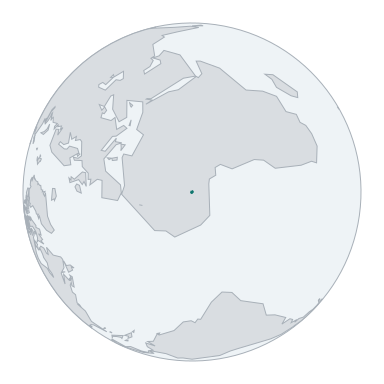 Zoundwéogo on an orthographic globe, rotated 278°
{"feature_id": "BFA-2831", "entity_name": "Zoundwéogo", "entity_type": "Province", "adm_level": 1, "iso_a3": "BFA", "parent_name": "Burkina Faso", "parent_adm1": "", "projection": "orthographic", "projection_center": [-0.901, 11.547], "detail": "fine", "context": "on_globe", "style": "filled", "palette": "teal", "viewbox_px": 384, "rotation_deg": 278, "n_neighbors": 0, "source": "natural_earth", "source_scale": "10m", "svg_char_len": 8839}
<svg xmlns="http://www.w3.org/2000/svg" viewBox="0 0 384 384"><g transform="rotate(278 192 192)"><circle cx="192" cy="192" r="169" fill="#eef3f6" stroke="#a8b0b8"/><path d="M145.0,29.7L130.2,35.2L133.3,34.2L128.8,36.5L130.7,36.4L127.1,38.1L131.7,36.7L134.7,35.2L137.8,34.3L139.2,34.2L134.7,36.1L133.4,36.4L132.8,37.0L130.0,38.1L132.2,37.5L126.6,40.2L134.1,37.6L131.4,39.9L127.2,41.7L125.1,41.3L110.0,46.4L105.0,49.0L100.2,52.6L96.5,59.1L92.2,62.4L88.1,67.0L91.6,64.9L96.1,60.7L101.7,58.5L106.5,54.2L109.5,52.8L115.5,48.9L117.3,49.8L115.8,53.1L111.0,56.6L110.2,58.3L117.0,55.6L110.2,63.3L109.4,71.0L107.3,73.3L99.2,75.8L93.6,73.7L83.2,79.1L92.7,76.3L87.4,82.9L87.6,84.4L89.5,84.7L92.6,82.6L91.4,85.2L81.5,88.5L82.5,86.1L85.6,85.0L82.9,84.3L76.2,87.5L74.1,91.0L66.3,93.6L64.6,96.4L62.0,98.8L65.2,94.1L59.3,103.0L49.9,110.4L41.7,127.1L46.7,113.1L46.7,110.5L46.0,109.5L44.5,112.1L45.5,108.4L43.1,112.1L49.3,101.5L56.2,91.4L63.8,81.9L72.1,72.9L81.1,64.6L90.6,56.9L100.6,49.9L111.1,43.7L122.1,38.2L133.4,33.5L145.0,29.7ZM32.5,136.3L32.1,138.2L34.3,133.0L35.2,133.3L29.6,147.8L30.4,152.7L27.5,164.2L27.0,171.2L28.7,170.9L30.0,175.3L32.6,169.3L36.1,167.2L34.4,176.9L37.8,168.9L38.8,174.5L46.8,177.3L45.8,179.3L52.3,193.5L62.1,201.4L64.4,209.1L63.0,213.2L67.0,215.4L67.1,218.3L85.6,226.5L97.1,235.6L98.1,245.5L91.2,255.4L91.2,277.9L80.4,282.7L81.9,291.3L80.8,302.3L73.7,299.4L80.1,306.6L79.8,309.4L76.4,308.4L79.6,312.7L77.3,311.8L81.6,315.5L83.6,319.7L89.7,324.8L92.7,328.1L96.8,331.1L95.8,330.5L96.3,331.0L98.2,332.4L92.6,328.6L84.4,322.2L81.5,319.6L80.1,318.5L73.4,311.4L74.0,312.4L63.4,300.0L57.5,290.3L43.3,259.2L39.9,252.1L34.0,242.3L26.4,215.3L26.4,206.2L25.6,200.9L28.3,188.9L28.9,175.4L28.3,172.9L26.9,177.0L26.3,166.5L27.9,155.9L29.5,145.8L32.5,136.3ZM39.1,132.6L40.2,143.7L37.2,143.0L38.2,141.8L38.4,137.7L38.0,133.2L36.1,133.5L39.1,132.6ZM44.8,124.8L44.4,123.6L45.1,124.1L44.8,124.8ZM114.1,48.7L114.7,48.8L113.3,49.5L114.1,48.7ZM116.0,47.0L113.8,47.8L114.4,47.1L115.8,46.7L116.0,47.0ZM118.5,46.4L115.8,45.9L116.9,44.8L122.8,42.3L118.5,46.4ZM135.1,34.8L132.0,36.3L133.3,35.2L135.1,34.8ZM135.2,34.4L134.8,33.2L140.2,31.3L139.2,31.9L145.0,29.9L147.8,29.4L145.2,30.5L141.2,31.7L145.3,30.7L135.2,34.4ZM139.1,33.8L138.6,33.6L143.1,31.8L145.1,32.0L143.0,32.5L139.1,33.8ZM145.2,29.7L148.9,28.6L152.2,27.9L154.1,27.5L148.3,29.3L145.2,29.7ZM142.6,32.9L145.9,32.2L145.0,33.1L139.9,33.9L142.6,32.9ZM143.5,31.4L145.8,30.6L145.1,31.1L143.5,31.4ZM143.7,36.4L143.0,35.8L145.3,34.8L143.7,36.4ZM147.2,31.9L147.5,31.6L148.3,31.2L150.2,31.0L147.2,31.9ZM151.0,28.8L151.6,28.9L153.5,28.0L156.1,27.8L151.7,29.1L154.7,28.4L155.4,28.4L151.0,29.6L151.0,28.8ZM154.7,29.8L150.0,31.9L150.9,33.0L148.9,33.8L147.8,32.0L154.7,29.8ZM152.9,29.5L153.5,29.9L150.7,30.6L148.5,30.8L152.9,29.5ZM159.3,27.2L156.6,27.3L157.6,27.0L159.3,27.2ZM155.5,30.0L156.6,29.5L155.9,29.9L155.5,30.0ZM158.8,27.8L157.7,27.8L158.9,27.5L158.8,27.8ZM159.7,28.7L158.2,29.3L156.7,29.4L159.7,28.7ZM159.7,28.2L161.6,27.8L157.0,29.1L159.0,28.2L159.7,28.2ZM160.1,27.5L160.4,27.3L160.4,27.6L160.1,27.5ZM166.3,28.2L160.9,29.9L157.5,30.0L163.3,28.3L166.3,28.2ZM104.0,336.0L94.0,329.6L98.7,332.8L97.1,331.3L104.1,335.6L104.0,336.0ZM101.3,332.5L102.4,332.2L104.0,333.1L103.7,333.6L101.3,332.5ZM350.5,133.5L347.7,126.7L349.1,132.5L352.6,151.6L356.0,167.6L355.9,175.8L348.5,155.1L342.9,140.6L341.6,143.1L332.7,132.7L321.5,136.1L318.7,132.7L316.8,135.3L310.4,132.9L305.6,127.3L302.2,128.6L314.8,143.3L318.2,142.1L319.3,134.8L322.3,140.5L328.3,144.5L326.1,161.0L307.3,179.4L303.5,167.7L278.7,138.4L278.3,134.7L278.1,134.3L277.6,133.7L277.5,139.8L272.5,134.1L287.9,154.8L291.4,164.3L307.1,180.2L306.1,182.3L310.5,185.3L322.2,177.9L322.8,181.9L318.5,202.1L300.5,231.3L301.7,247.9L298.5,262.4L284.7,273.9L283.4,284.5L276.0,289.3L273.8,295.4L266.4,302.4L254.9,309.5L238.2,311.3L239.1,306.1L233.7,296.3L227.1,271.1L233.5,258.5L232.8,249.1L220.5,228.5L223.3,216.3L219.5,211.5L211.9,213.2L207.3,207.4L202.5,207.5L171.3,212.9L160.5,205.2L145.0,181.2L149.8,171.6L148.6,160.4L180.0,122.6L188.9,124.3L216.3,118.0L220.1,119.1L219.4,127.5L241.9,136.0L246.2,128.5L264.1,132.2L274.4,130.7L273.7,114.8L256.8,117.0L251.4,110.0L262.9,101.9L277.4,100.9L275.7,98.2L264.5,93.3L265.7,88.0L260.4,91.3L264.1,93.7L260.9,96.1L257.3,94.1L257.9,92.2L252.9,91.5L251.5,101.9L255.1,105.4L243.5,108.7L248.4,115.1L246.0,118.7L236.8,109.2L236.0,105.5L220.6,96.3L220.3,100.4L234.8,109.6L231.2,109.1L230.9,115.6L228.3,110.3L212.5,100.1L200.6,103.6L189.1,120.2L181.3,122.1L173.2,119.5L173.8,103.5L191.0,101.3L191.4,96.4L184.8,89.9L190.6,90.1L190.0,87.4L196.2,86.6L201.9,79.8L207.8,78.7L207.1,71.1L210.0,69.7L209.5,74.5L212.4,77.5L226.5,75.8L228.4,74.0L226.8,69.4L230.9,69.8L227.5,65.6L234.2,63.2L223.3,62.9L221.1,58.4L223.5,54.6L220.8,53.2L216.9,59.5L217.1,62.2L220.4,64.4L219.2,72.6L215.0,74.5L208.8,66.3L202.1,68.2L200.2,61.7L212.0,47.6L218.5,44.8L235.3,48.7L235.5,51.4L229.6,51.1L237.8,55.2L235.8,53.0L239.2,53.6L238.0,50.1L240.3,50.4L235.2,46.7L237.9,46.8L241.1,49.1L241.7,44.7L246.6,44.3L245.6,43.2L243.1,42.2L251.0,42.9L249.9,42.1L246.9,41.5L242.8,39.6L238.6,36.9L241.5,37.3L243.4,38.3L251.9,41.4L256.6,44.6L257.4,44.5L254.0,41.9L243.7,38.0L240.3,36.3L245.2,37.7L243.2,37.1L242.4,36.4L244.4,36.2L239.0,34.6L226.7,28.4L229.4,28.0L235.2,29.5L229.7,27.3L231.3,27.7L242.7,30.8L253.9,34.8L264.8,39.5L275.3,45.0L285.4,51.2L295.0,58.1L304.2,65.6L312.8,73.8L320.8,82.6L328.1,91.9L334.8,101.7L340.8,111.9L346.0,122.6L350.5,133.5ZM172.0,141.5L171.8,144.8L172.0,141.5ZM294.7,108.2L302.0,107.4L295.1,98.8L297.3,97.9L294.2,95.5L294.6,98.2L286.3,91.6L288.1,88.4L285.4,84.8L282.8,85.0L280.8,92.0L292.6,101.2L292.5,105.3L294.7,108.2ZM47.1,177.3L47.9,179.6L46.4,179.1L47.1,177.3ZM35.6,146.6L36.4,147.5L36.5,149.3L35.6,149.3L35.6,146.6ZM45.4,152.4L46.9,154.0L44.8,153.9L45.4,152.4ZM40.7,145.3L44.2,151.5L40.2,152.7L38.2,149.0L40.3,149.2L40.7,145.3ZM42.0,129.8L42.2,130.9L41.3,132.5L42.0,129.8ZM45.3,125.2L45.0,125.2L45.4,123.6L45.3,125.2ZM87.9,82.6L88.7,82.5L90.1,83.3L88.3,84.0L87.9,82.6ZM102.8,81.5L100.4,85.8L100.9,83.0L98.0,84.6L95.4,81.0L106.1,74.3L101.7,77.8L102.8,81.5ZM94.9,75.1L95.3,77.6L94.4,75.1L94.9,75.1ZM180.8,75.4L183.9,76.7L182.9,79.7L175.5,82.5L176.8,78.0L180.8,75.4ZM188.5,78.0L184.3,69.8L188.8,68.2L187.0,70.4L190.3,70.2L188.3,73.7L196.6,80.7L196.3,84.0L182.8,86.5L187.4,83.6L184.1,82.3L188.5,78.0ZM166.0,56.4L164.3,54.0L176.1,53.4L176.4,55.7L169.0,58.2L164.4,57.0L166.0,56.4ZM129.6,42.6L128.2,42.7L129.4,42.0L131.6,41.4L129.6,42.6ZM143.2,36.2L137.1,42.1L135.2,42.4L134.0,46.2L128.4,48.5L129.3,45.8L124.1,50.7L122.8,49.2L119.8,52.6L122.6,46.4L121.1,45.6L124.9,45.5L130.0,43.4L131.8,42.3L135.9,38.7L135.4,36.5L140.5,34.5L144.2,33.7L145.1,33.9L141.5,35.0L145.3,34.5L140.8,36.3L143.2,36.2ZM184.7,31.8L180.2,31.9L187.0,33.4L182.5,34.3L183.6,34.5L181.4,35.9L180.5,38.0L178.1,38.3L178.8,39.0L177.4,40.1L177.5,41.3L173.3,42.4L173.1,44.0L171.2,43.7L172.1,46.3L169.6,44.9L167.4,46.6L171.0,47.0L147.9,52.3L140.2,56.5L135.1,60.9L131.5,58.6L133.9,53.2L139.6,47.3L147.6,44.0L144.5,43.8L147.4,42.3L148.6,43.0L148.5,41.0L151.2,40.0L156.3,36.2L154.4,34.4L156.2,33.2L158.3,33.5L158.6,32.2L163.9,31.9L165.3,31.2L171.8,30.4L175.1,31.8L176.4,30.8L181.5,30.6L184.7,31.8ZM168.2,28.1L173.1,28.8L173.0,29.9L161.6,30.8L159.6,31.6L152.3,32.7L152.5,31.2L154.6,31.0L156.6,30.5L155.7,31.1L158.0,30.2L160.9,29.9L163.5,29.2L164.4,29.6L168.2,28.1ZM223.0,115.7L225.6,115.8L229.5,115.0L229.4,119.3L223.0,115.7ZM212.1,108.7L214.3,108.0L216.0,113.2L213.2,113.3L212.1,108.7ZM214.1,103.4L214.3,107.6L212.5,105.4L214.1,103.4ZM211.4,73.7L213.6,72.9L214.4,74.0L213.9,75.7L211.4,73.7ZM203.9,38.2L201.3,37.6L201.6,37.2L198.0,35.1L201.0,34.5L204.4,35.5L203.9,38.2ZM271.7,117.8L269.6,121.2L267.6,120.0L268.7,119.0L271.7,117.8ZM249.1,120.4L255.0,121.7L249.0,121.5L249.1,120.4ZM206.6,37.2L204.7,36.3L207.4,36.6L206.6,37.2ZM203.0,34.0L205.8,34.1L200.9,34.2L203.0,34.0ZM296.8,323.9L295.4,325.3L294.3,326.0L296.8,323.9ZM319.4,255.8L305.8,282.3L300.2,283.6L301.1,276.7L307.4,261.1L314.7,255.4L318.8,247.8L319.4,255.8ZM356.5,168.9L358.5,177.7L358.1,179.9L356.5,168.9ZM229.6,34.1L231.3,37.3L234.6,39.9L239.5,41.6L233.3,40.9L228.3,36.8L229.6,34.1ZM226.8,28.9L222.4,27.9L223.7,27.8L224.9,28.0L226.8,28.9ZM224.6,28.6L220.3,28.6L217.5,27.8L221.4,27.9L224.6,28.6ZM213.6,32.0L213.9,32.9L211.8,32.5L213.6,32.0ZM218.2,25.1L220.8,25.5L219.2,25.3L216.8,24.9L218.2,25.1Z" fill="#d9dde1" stroke="#a8b0b8" stroke-width="1"/><path d="M192.0,191.0L192.3,191.1L192.1,191.4L192.0,191.5L191.9,191.6L192.1,191.9L192.3,192.0L192.5,192.0L192.8,192.1L193.0,192.2L193.1,192.3L193.0,192.5L192.9,192.5L192.7,192.7L192.6,192.8L192.4,192.9L192.4,193.0L192.2,193.1L191.9,192.9L191.8,192.7L191.7,192.6L191.4,192.5L191.4,192.4L191.2,192.4L191.1,192.2L190.9,192.2L190.7,191.9L190.8,191.6L191.0,191.2L191.4,190.9L191.5,190.9L191.7,191.0L191.9,191.0L192.0,191.0Z" fill="#14b8a6" stroke="#0f766e" stroke-width="1.5"/></g></svg>